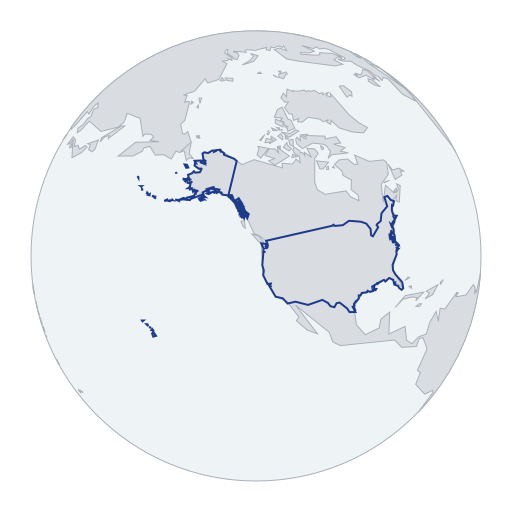 United States of America highlighted on a globe, orthographic projection
{"feature_id": "USA", "entity_name": "United States of America", "entity_type": "country or territory", "adm_level": 0, "iso_a3": "USA", "parent_name": "North America", "parent_adm1": "", "projection": "orthographic", "projection_center": [-126.716, 45.186], "detail": "fine", "context": "on_globe", "style": "outline", "palette": "blue", "viewbox_px": 512, "rotation_deg": 0, "n_neighbors": 0, "source": "natural_earth", "source_scale": "50m", "svg_char_len": 16002}
<svg xmlns="http://www.w3.org/2000/svg" viewBox="0 0 512 512"><circle cx="256" cy="256" r="225" fill="#eef3f6" stroke="#a8b0b8"/><path d="M82.5,391.8L83.0,392.9L82.9,392.8L82.5,391.8ZM418.2,412.4L432.9,392.6L432.7,390.3L424.7,394.1L415.7,384.4L420.4,372.3L417.4,370.4L427.1,348.7L423.0,337.7L419.2,338.7L416.3,346.5L401.7,347.3L394.6,340.0L340.3,345.6L332.7,341.9L329.4,332.4L295.6,305.2L317.5,333.8L307.3,330.1L296.3,320.7L299.0,317.1L286.9,301.6L275.7,296.6L262.9,275.0L261.3,244.1L267.0,248.2L266.0,240.8L258.7,235.4L254.2,233.8L240.8,204.9L217.8,190.2L207.2,193.9L212.1,186.9L189.8,200.4L175.1,200.1L193.8,195.4L197.3,191.2L188.4,188.2L190.1,183.3L186.8,179.3L189.6,173.9L200.2,172.1L202.3,168.7L195.8,166.9L194.6,160.7L203.7,163.8L202.5,153.5L220.1,149.9L242.2,164.6L254.1,159.7L282.5,167.9L282.1,163.3L292.6,164.1L295.9,159.2L300.3,162.6L299.2,155.9L294.6,153.7L292.7,150.2L294.2,147.2L300.0,150.9L300.1,152.9L302.6,152.5L304.8,155.6L304.6,152.4L311.4,157.5L307.0,148.3L314.5,148.9L318.3,153.4L314.7,158.3L314.8,182.8L317.6,189.9L325.2,194.3L346.1,190.9L350.6,196.8L358.9,200.8L358.0,194.8L351.1,189.6L351.4,180.0L343.0,175.4L341.9,171.0L334.5,164.5L339.1,159.9L347.6,159.0L353.9,164.3L357.8,164.3L354.6,155.0L369.1,161.4L383.4,159.9L386.7,162.5L388.3,174.4L381.2,184.6L383.2,202.0L385.5,185.3L393.9,192.8L396.8,192.0L398.4,188.7L396.6,183.8L400.2,185.5L399.3,202.1L396.0,200.8L396.3,195.4L393.0,200.5L392.5,212.7L396.8,216.0L391.5,232.3L394.5,235.1L395.0,240.4L390.5,234.8L398.4,245.5L392.8,269.0L403.4,288.2L389.2,278.0L381.7,280.8L373.6,286.4L375.2,289.6L362.2,293.9L354.0,306.7L356.4,324.8L365.2,334.7L379.2,328.0L380.9,319.1L389.7,312.1L388.8,334.0L405.1,326.4L406.5,340.3L412.0,343.7L418.8,336.7L426.3,334.0L429.8,322.4L436.1,311.4L438.3,321.4L440.2,308.2L444.9,309.0L456.3,293.2L456.0,296.8L466.0,295.0L473.4,284.5L475.2,287.8L474.6,294.0L476.4,289.6L476.4,292.3L480.6,273.0L480.7,272.7L478.7,290.0L475.4,307.0L470.9,323.7L465.0,340.1L457.9,355.9L449.6,371.1L440.2,385.7L429.7,399.5L418.2,412.4ZM152.8,336.8L153.1,331.9L156.0,335.9L152.8,336.8ZM151.2,328.4L151.5,330.2L150.8,328.6L151.2,328.4ZM149.3,326.8L150.7,328.0L149.0,327.2L149.3,326.8ZM146.6,325.4L148.1,326.0L147.9,326.1L146.6,325.4ZM405.3,295.6L423.7,292.1L415.8,300.8L416.9,297.6L411.7,297.0L402.8,299.3L395.2,307.4L405.3,295.6ZM142.9,321.5L142.0,320.4L143.5,320.5L142.9,321.5ZM407.8,278.9L404.8,280.4L407.4,278.1L407.8,278.9ZM251.9,234.0L258.4,235.9L264.3,242.8L258.7,241.7L251.9,234.0ZM240.9,221.4L244.4,220.7L245.3,228.3L243.0,226.3L240.9,221.4ZM199.2,198.1L204.2,199.3L198.8,199.9L199.2,198.1ZM185.8,179.7L183.9,181.0L183.0,178.4L185.8,179.7ZM332.5,167.5L333.5,166.1L334.4,168.0L332.5,167.5ZM328.4,166.3L328.6,169.6L326.7,169.5L326.6,167.4L328.4,166.3ZM186.4,167.8L185.6,163.5L188.3,167.5L186.4,167.8ZM328.5,162.2L323.2,169.0L319.8,168.8L316.5,160.9L328.5,162.2ZM186.3,160.7L184.1,150.7L179.6,152.5L191.2,142.1L189.2,153.8L193.2,158.4L188.8,157.9L186.3,160.7ZM292.5,154.4L297.5,156.5L291.9,157.5L292.5,154.4ZM289.4,156.0L275.1,165.1L268.6,160.9L274.7,158.5L265.1,155.5L268.9,148.9L275.1,149.0L278.5,153.0L277.4,147.5L289.4,156.0ZM197.9,138.2L199.0,135.7L199.9,138.0L197.9,138.2ZM291.4,148.8L289.1,150.9L283.3,147.3L286.9,142.5L287.6,145.2L291.4,148.8ZM260.7,158.1L257.0,154.8L259.1,148.5L257.9,146.4L268.5,148.4L260.7,158.1ZM289.7,144.5L288.8,140.2L293.0,139.3L293.3,146.6L289.7,144.5ZM280.3,148.5L277.7,146.6L280.3,146.0L280.3,148.5ZM307.3,134.3L304.7,136.6L301.4,134.8L307.3,134.3ZM288.2,138.7L286.8,139.1L285.2,138.7L285.5,135.8L288.2,138.7ZM269.2,143.9L270.9,142.1L265.0,142.7L266.3,138.3L273.1,140.5L270.8,137.7L271.2,136.3L276.3,139.7L269.2,143.9ZM281.0,132.0L290.1,133.7L295.7,129.7L298.8,131.1L289.2,137.3L281.0,132.0ZM277.8,136.2L280.5,133.8L282.9,136.5L282.6,139.8L277.8,136.2ZM264.8,134.5L261.0,140.8L259.6,140.1L264.8,134.5ZM282.2,130.2L279.9,129.9L282.3,129.6L282.2,130.2ZM269.6,132.5L268.4,134.7L266.9,133.9L269.6,132.5ZM276.5,127.4L279.4,127.9L279.3,130.1L276.5,127.4ZM272.9,129.3L271.1,127.6L277.5,130.6L272.7,130.4L272.9,129.3ZM268.4,131.4L267.1,131.6L269.1,130.5L268.4,131.4ZM275.3,119.1L283.3,122.3L283.0,127.0L275.3,123.2L275.3,119.1ZM455.6,151.6L452.8,146.7L413.0,96.8L407.7,90.5L379.9,67.9L377.0,66.0L378.3,66.8L391.9,76.3L404.7,86.8L416.7,98.2L427.9,110.4L438.1,123.4L447.4,137.2L455.6,151.6ZM295.5,34.2L301.3,35.4L293.4,34.2L304.9,36.4L302.3,35.6L309.5,37.2L312.3,38.1L309.4,37.5L315.3,39.2L327.7,42.5L327.2,42.3L351.4,51.9L351.8,52.1L349.4,51.1L357.4,57.0L361.5,58.5L354.3,53.3L357.8,55.1L362.4,57.4L363.1,57.8L361.9,57.3L368.7,63.3L382.4,72.8L404.8,88.4L411.8,95.5L415.4,101.1L402.3,94.0L388.2,79.2L383.3,77.3L382.0,80.6L377.8,76.1L375.5,75.9L369.7,71.0L357.4,65.5L351.0,61.3L342.1,61.0L337.6,59.0L344.1,59.6L345.2,58.1L328.6,49.4L324.2,48.3L319.8,49.0L315.7,46.8L313.6,48.7L302.1,45.6L314.3,51.2L309.5,53.0L300.3,52.5L300.9,54.3L315.8,55.2L319.8,54.8L319.6,52.7L332.3,53.4L338.9,56.1L333.9,59.8L342.7,64.3L335.0,65.9L299.6,61.3L286.8,59.0L274.3,49.5L279.6,48.1L286.7,50.7L283.8,45.9L282.3,47.4L278.9,45.9L273.5,47.8L270.8,46.9L270.1,50.7L266.2,49.7L266.8,47.4L255.4,50.3L246.3,49.7L245.0,50.9L246.2,52.3L233.9,51.2L233.5,52.1L237.3,52.8L239.0,55.3L237.2,59.5L233.0,58.8L233.1,57.2L227.1,53.2L228.0,49.5L226.2,49.8L224.4,52.9L231.7,57.6L231.8,60.4L227.5,58.2L229.0,59.2L227.8,60.4L222.6,61.1L227.0,63.6L218.7,79.5L207.9,83.0L205.0,78.9L194.8,91.0L183.5,95.1L187.1,95.6L184.6,102.4L188.1,101.2L189.6,102.0L184.9,120.2L180.6,124.4L182.6,133.8L184.5,134.2L187.8,131.5L191.2,142.1L179.6,152.5L176.0,151.0L171.2,159.0L163.7,154.7L155.3,155.1L149.9,146.4L143.7,148.0L142.5,151.1L133.3,155.9L118.2,156.1L135.5,142.3L159.2,141.7L150.0,140.5L153.6,137.0L151.2,134.3L144.6,134.1L142.9,136.4L140.1,118.3L127.2,113.3L124.4,121.7L118.1,127.2L101.0,131.4L89.3,121.1L80.8,130.3L77.3,132.7L78.0,128.2L83.2,124.5L88.0,118.0L90.8,116.9L93.7,109.2L97.8,107.4L98.1,102.8L93.1,107.1L89.0,114.1L87.4,111.6L77.5,123.0L71.4,129.1L71.3,127.0L80.9,114.2L91.5,102.1L102.8,90.8L114.9,80.4L127.8,70.8L141.2,62.1L155.3,54.5L169.9,47.8L184.9,42.2L200.2,37.7L215.9,34.3L231.7,32.0L247.7,30.9L263.7,30.9L279.7,32.0L295.5,34.2ZM430.2,113.6L432.1,115.7L430.2,113.6ZM260.3,30.8L256.7,30.7L256.6,30.9L261.6,31.0L274.4,31.5L260.3,30.8ZM456.6,292.6L458.3,292.7L456.6,295.3L456.6,292.6ZM416.0,306.2L419.3,303.7L421.5,303.9L419.2,306.6L416.0,306.2ZM440.3,282.2L443.4,279.6L440.7,284.2L440.3,282.2ZM426.3,291.2L437.8,284.7L432.6,294.7L425.1,298.9L429.5,293.4L426.3,291.2ZM409.0,286.6L411.3,285.7L411.5,288.3L409.0,286.6ZM409.7,277.3L409.0,278.2L407.3,277.3L409.7,277.3ZM393.9,191.8L394.1,190.5L396.3,188.0L396.5,190.8L393.9,191.8ZM398.7,168.1L404.4,171.4L400.4,170.8L401.9,175.1L395.3,179.5L388.1,164.1L392.5,170.1L398.7,168.1ZM384.6,181.9L389.6,180.3L384.4,182.6L384.6,181.9ZM368.5,81.2L367.9,78.8L372.2,80.0L380.4,86.7L374.3,84.9L368.5,81.2ZM366.1,75.3L358.9,77.9L353.5,74.3L357.8,75.8L354.9,73.1L361.0,74.9L362.9,69.5L366.8,70.3L379.8,81.4L373.4,77.2L374.3,79.6L366.1,75.3ZM350.0,95.0L346.9,97.2L339.3,86.3L343.2,85.6L351.6,91.8L352.0,96.4L350.0,95.0ZM323.6,147.5L322.9,149.9L321.3,148.8L320.6,145.8L323.6,147.5ZM306.3,135.5L325.1,136.2L325.3,138.9L336.1,136.7L340.7,143.0L333.5,144.1L345.1,147.6L340.4,151.1L348.3,152.9L331.8,154.7L328.1,158.4L330.5,151.7L326.4,145.8L323.6,144.3L312.6,143.1L302.5,148.6L296.9,144.0L295.6,139.3L297.1,137.2L300.3,140.8L300.1,135.5L305.9,139.2L306.3,135.5ZM283.4,93.0L286.5,96.9L287.0,89.0L292.8,91.7L292.5,90.7L298.0,91.2L304.2,90.0L306.3,91.9L307.8,90.7L311.5,91.2L314.2,90.3L319.0,93.5L322.8,92.7L322.9,94.7L328.1,92.5L326.4,95.6L331.0,96.9L330.2,93.2L349.4,115.1L358.8,122.7L367.5,127.6L363.5,132.9L352.7,132.0L339.4,128.0L331.0,120.3L330.7,124.3L326.5,121.9L328.5,119.7L323.0,121.8L320.1,119.3L308.3,117.2L302.1,122.2L297.6,121.7L298.6,118.5L293.5,120.4L292.3,114.2L289.0,113.8L284.6,107.6L288.4,102.0L284.5,102.1L280.9,97.7L283.4,93.0ZM274.3,117.2L277.4,109.4L282.2,107.2L287.9,119.1L291.0,120.3L294.8,128.3L287.9,131.4L287.4,128.8L285.4,127.0L288.4,126.7L284.4,125.6L283.7,122.0L280.4,120.3L282.3,118.2L274.3,117.2ZM369.9,61.6L371.6,62.7L369.0,61.1L364.4,58.5L364.6,58.6L369.9,61.6ZM376.6,66.8L373.9,65.0L376.5,66.0L379.2,67.9L376.6,66.8ZM370.2,63.5L373.5,64.9L373.4,65.2L370.2,63.5ZM341.4,58.3L338.3,56.9L338.8,56.4L341.5,56.9L341.4,58.3ZM286.3,72.0L287.3,74.1L285.9,74.3L283.5,78.8L279.0,77.4L278.7,74.1L286.3,72.0ZM281.1,71.2L280.6,73.1L278.7,71.2L281.1,71.2ZM275.6,76.6L273.0,74.8L278.2,77.7L275.6,76.6ZM66.9,134.5L63.6,139.0L63.0,139.8L66.2,134.9L66.9,134.5ZM242.2,65.0L250.5,60.1L253.5,56.3L250.5,53.5L258.2,55.7L253.6,61.5L242.2,65.0ZM222.0,77.6L224.7,80.5L221.2,81.1L220.1,80.5L222.0,77.6ZM225.2,78.0L232.8,78.3L232.8,81.2L226.8,80.4L225.2,78.0ZM257.1,73.5L259.9,72.0L261.4,73.5L257.1,73.5ZM78.6,389.6L81.2,393.1L78.7,390.6L78.6,389.6ZM82.9,392.8L79.9,390.0L82.5,391.8L82.9,392.8ZM58.0,361.8L59.5,364.7L59.1,364.2L58.0,361.8ZM57.1,360.3L56.9,359.3L57.9,361.6L57.1,360.3ZM46.1,335.4L46.3,335.6L46.9,337.2L46.1,335.4ZM44.4,330.7L42.9,327.0L42.7,326.1L44.4,330.7ZM43.7,328.1L43.2,326.0L45.2,332.3L43.7,328.1ZM40.2,317.5L42.5,324.8L40.1,317.3L40.2,317.5ZM39.4,315.3L38.2,311.0L38.2,310.7L39.4,315.3ZM35.9,301.2L37.7,309.1L37.7,309.5L37.0,306.8L35.9,301.2ZM32.8,286.6L33.6,290.4L34.2,293.0L33.7,292.7L33.3,289.9L32.8,286.6ZM32.8,284.1L33.8,289.8L34.7,295.7L32.8,284.1ZM69.5,146.2L72.4,143.3L71.7,147.0L69.9,148.0L69.5,146.2ZM72.0,157.7L72.5,147.1L73.3,139.2L71.0,143.0L67.6,144.3L73.2,136.8L75.6,139.8L74.3,146.5L78.0,145.2L79.4,149.3L85.2,145.5L87.1,147.0L81.4,152.7L72.0,157.7ZM87.7,143.7L98.3,140.1L95.1,149.0L92.1,151.8L88.6,149.6L90.5,144.9L87.7,143.7ZM99.9,141.9L101.8,137.6L121.4,126.0L124.8,125.9L108.2,138.7L109.1,135.4L104.9,136.9L99.9,141.9ZM196.5,135.8L198.7,135.7L196.7,137.4L196.5,135.8ZM191.6,101.1L193.4,102.5L190.9,104.2L191.6,101.1ZM196.9,107.5L198.4,104.5L198.5,107.9L196.9,107.5ZM201.6,98.1L199.9,103.5L199.0,98.0L201.6,98.1Z" fill="#d9dde1" stroke="#a8b0b8" stroke-width="1"/><path d="M381.5,213.3L387.2,206.3L384.4,197.1L387.4,195.9L390.7,199.9L394.0,201.2L393.1,205.5L392.0,205.0L391.8,210.2L393.5,215.7L396.7,215.8L395.2,218.5L394.1,218.0L394.8,219.5L392.6,222.2L391.8,225.7L391.4,224.5L390.8,224.0L391.8,226.8L392.6,226.8L393.6,228.9L393.8,232.7L391.5,232.3L391.4,230.0L391.1,231.9L392.5,233.4L393.7,233.9L394.5,235.0L395.1,240.6L394.2,237.6L391.4,236.2L390.8,232.8L389.9,234.8L392.6,238.3L390.6,238.2L390.2,238.7L389.9,237.1L389.7,236.8L389.8,238.1L390.2,239.0L393.1,238.8L390.9,239.3L393.6,239.9L392.8,240.9L394.6,241.6L394.5,242.0L393.6,241.6L392.1,242.3L394.5,242.4L395.4,241.5L398.3,244.3L396.0,242.3L397.2,243.8L395.2,245.1L397.8,244.6L397.9,247.0L395.8,247.9L397.3,247.8L396.8,249.4L398.2,249.1L396.4,251.2L396.6,254.7L392.6,264.6L393.0,270.2L395.4,274.4L402.3,282.3L403.2,288.3L401.7,289.8L399.2,288.0L398.0,285.9L394.8,284.7L395.1,282.9L394.1,283.7L393.2,279.8L389.2,278.0L385.4,281.5L383.9,279.9L379.7,282.2L379.9,281.1L379.5,282.3L377.7,283.8L377.1,282.2L377.2,283.5L371.4,287.1L374.2,286.5L373.8,288.5L376.3,288.9L375.5,290.2L372.7,289.4L373.1,291.0L369.9,291.9L367.6,290.8L366.9,292.3L361.9,292.9L359.9,296.2L360.4,295.4L358.8,295.4L358.8,298.4L356.4,301.3L355.0,301.0L355.9,301.7L354.0,303.7L353.9,306.9L352.8,306.9L355.4,312.0L349.5,312.1L347.3,308.6L339.7,302.6L336.6,303.2L334.4,307.2L330.4,306.2L328.0,303.0L322.4,299.9L308.0,304.9L295.4,301.7L287.6,303.5L282.7,298.3L275.6,296.7L269.1,285.6L270.5,285.8L269.6,283.8L272.0,283.4L267.5,284.0L263.2,275.3L263.8,270.5L262.3,265.2L263.4,251.8L265.5,252.0L263.2,251.6L263.7,248.9L261.2,243.4L266.3,244.1L265.5,247.1L267.0,245.0L267.0,247.4L265.9,248.1L266.7,248.2L267.6,247.1L267.8,244.6L266.1,240.8L333.4,225.5L332.8,224.2L334.9,225.9L342.8,225.2L349.0,220.8L360.8,221.7L366.3,223.6L370.6,229.0L371.1,235.3L372.9,236.3L378.2,227.1L376.6,225.1L377.0,224.2L380.7,221.0L381.5,213.3ZM248.7,214.0L247.3,218.3L246.3,216.7L247.0,216.1L246.5,213.1L244.8,213.9L244.0,215.0L245.4,212.6L243.0,209.2L241.6,208.6L241.4,206.8L242.5,207.2L241.8,206.1L242.5,206.0L240.8,205.1L241.3,203.4L239.5,203.5L238.8,199.7L238.7,204.2L237.2,203.4L237.0,200.9L236.7,202.0L235.3,200.8L236.9,203.2L235.6,203.8L230.2,198.0L231.0,196.6L231.2,197.9L231.9,197.2L231.2,196.4L229.1,197.2L227.5,195.3L222.3,194.7L221.2,193.2L221.9,192.0L220.6,192.9L218.6,191.0L219.4,189.6L215.8,188.9L214.6,190.8L215.8,191.2L214.3,192.8L212.7,191.8L208.7,194.1L206.9,193.4L209.3,192.1L207.8,191.6L210.2,188.5L214.3,189.2L213.0,187.7L214.5,186.8L206.5,189.1L206.7,190.4L202.7,192.4L203.5,194.3L190.6,198.9L189.8,200.1L183.4,199.1L178.6,200.1L183.6,197.9L186.0,199.5L186.9,197.7L194.1,195.9L194.8,193.8L195.8,193.7L195.6,192.6L198.1,190.6L194.7,191.4L194.6,190.4L195.6,190.3L194.3,189.7L193.0,191.6L191.8,188.2L188.0,188.2L189.8,187.0L190.8,182.4L192.4,181.5L190.4,182.3L190.0,183.3L187.5,182.8L186.8,179.1L188.4,178.5L189.4,180.3L190.3,179.4L188.0,178.1L188.8,177.7L188.0,174.9L191.9,173.3L193.9,171.2L195.2,172.6L199.8,172.3L200.9,170.4L200.6,169.4L202.1,168.6L198.7,168.7L194.6,165.6L194.9,163.2L196.2,163.4L194.6,160.8L201.2,160.5L202.2,160.9L202.2,161.1L200.9,162.0L201.1,162.6L204.7,164.0L204.1,162.9L204.2,160.8L204.6,160.8L204.6,162.8L206.2,163.8L204.7,161.9L205.5,160.9L203.5,159.5L202.5,153.5L204.4,152.3L208.0,153.1L212.3,150.5L214.8,150.6L214.4,151.7L215.5,151.2L214.9,150.5L215.7,150.2L220.4,149.7L220.8,151.0L219.9,151.8L221.5,151.4L224.1,153.3L223.9,154.7L234.2,158.8L236.7,161.0L228.5,194.8L232.1,195.3L234.4,201.1L238.7,198.2L242.3,203.9L245.0,211.1L248.7,214.0ZM201.4,197.2L204.0,199.3L202.5,199.1L202.8,199.8L201.5,199.9L200.3,200.2L199.5,201.0L200.1,200.4L198.9,198.5L200.5,197.8L200.8,199.3L201.4,197.2ZM241.1,211.8L243.9,215.3L243.1,214.8L242.8,215.3L244.2,216.4L244.0,218.3L240.6,213.9L241.7,213.5L240.6,213.2L241.1,211.8ZM153.2,336.6L152.1,333.5L153.2,331.9L156.0,335.8L153.2,336.6ZM184.6,164.5L187.0,164.8L188.3,167.5L186.2,167.8L184.6,164.5ZM235.6,204.9L238.9,205.1L238.0,206.0L238.7,207.1L237.5,206.3L236.6,207.1L235.6,204.9ZM185.3,179.0L185.1,181.0L183.0,178.4L183.9,178.9L185.3,179.0ZM237.6,206.8L239.0,210.1L238.6,212.0L237.5,207.9L236.6,208.7L237.6,206.8ZM239.1,203.8L240.4,204.8L241.1,206.8L240.2,205.2L240.8,207.8L239.5,208.9L239.1,203.8ZM175.2,199.5L178.5,200.1L178.8,200.9L175.2,199.5ZM246.0,213.6L246.0,216.5L244.6,216.4L246.0,213.6ZM393.9,222.4L394.8,221.1L392.0,226.1L394.0,221.5L393.9,222.4ZM240.5,209.1L242.6,209.8L241.8,209.9L242.0,211.3L240.5,209.1ZM167.6,200.6L171.6,200.2L169.7,201.2L167.6,200.6ZM204.0,195.9L205.4,197.1L202.6,196.7L204.0,195.9ZM239.6,209.7L240.9,210.6L239.6,212.7L239.6,209.7ZM167.3,200.4L165.7,200.8L164.3,200.8L167.1,199.5L167.3,200.4ZM243.7,211.4L243.6,213.5L242.9,212.5L243.7,211.4ZM151.5,330.1L152.2,329.0L153.0,330.1L151.5,330.1ZM154.2,197.0L152.0,195.9L154.8,196.5L154.2,197.0ZM241.7,216.2L242.4,218.3L241.0,215.8L241.7,216.2ZM147.4,324.2L148.2,326.0L146.4,324.2L147.4,324.2ZM215.9,193.6L217.0,192.1L217.4,192.4L215.9,193.6ZM137.5,176.3L138.4,177.0L138.4,177.9L137.5,176.3ZM143.5,320.5L142.5,321.3L142.0,320.5L143.5,320.5ZM149.7,194.2L149.5,195.3L148.4,195.0L149.7,194.2ZM147.9,193.4L146.9,193.3L147.2,192.5L147.9,193.4ZM175.7,172.1L176.4,173.1L176.4,173.6L175.7,172.1ZM218.3,191.9L219.1,192.4L218.0,192.1L218.3,191.9ZM243.1,211.6L242.5,212.2L242.3,211.8L243.1,211.6ZM240.4,215.0L241.4,215.1L240.5,215.9L240.4,215.0ZM154.4,197.2L155.4,198.1L155.9,198.6L154.5,197.7L154.4,197.2ZM149.1,327.2L150.2,327.3L151.0,327.8L149.1,327.2ZM149.0,193.8L147.5,193.9L149.0,193.8ZM266.7,243.2L267.4,244.7L267.4,244.9L266.4,243.8L266.7,243.2ZM172.9,200.2L172.2,200.1L172.3,199.7L172.9,200.2ZM355.7,310.8L354.4,308.7L354.2,307.4L354.6,308.7L355.7,310.8ZM190.0,189.4L189.8,188.9L190.7,188.8L190.0,189.4ZM142.3,189.3L142.2,190.6L142.0,188.9L142.3,189.3ZM201.8,200.4L201.1,200.7L201.0,200.4L201.4,200.0L201.8,200.4ZM141.3,186.5L140.7,186.1L141.8,186.1L141.3,186.5ZM354.3,306.0L354.1,307.2L354.6,304.7L354.3,306.0ZM400.1,279.6L401.4,281.2L400.0,279.5L400.1,279.6ZM399.1,245.4L399.1,246.5L398.5,244.4L399.1,245.4ZM394.7,235.9L394.9,237.3L394.6,235.5L394.7,235.9Z" fill="none" stroke="#1e3a8a" stroke-width="2"/></svg>